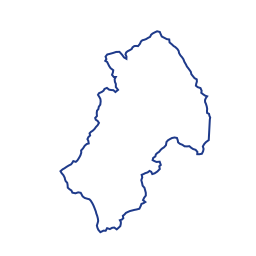 the district of Taperoá, Bahia, Brazil, rotated 139°
{"feature_id": "56859067B18364917400541", "entity_name": "Taperoá", "entity_type": "district", "adm_level": 2, "iso_a3": "BRA", "parent_name": "Brazil", "parent_adm1": "Bahia", "projection": "mercator", "projection_center": [-39.219, -13.583], "detail": "fine", "context": "isolated", "style": "outline", "palette": "blue", "viewbox_px": 256, "rotation_deg": 139, "n_neighbors": 0, "source": "geoboundaries", "source_scale": "gbopen_adm2", "svg_char_len": 3176}
<svg xmlns="http://www.w3.org/2000/svg" viewBox="0 0 256 256"><g transform="rotate(139 128 128)"><path d="M217.2,67.5L213.8,66.6L212.3,65.1L209.5,66.1L208.0,63.6L205.5,63.1L203.7,61.9L203.0,58.9L200.4,58.9L198.2,59.0L196.3,60.4L195.0,61.8L194.6,63.7L192.7,62.9L190.7,63.0L189.5,65.1L187.6,65.0L185.2,65.3L183.1,64.7L181.1,64.1L178.7,62.9L176.9,62.0L175.0,60.9L172.4,59.6L170.0,60.6L167.6,61.9L165.6,61.1L163.5,60.8L164.0,63.7L161.5,64.8L158.9,65.3L157.1,67.4L156.0,69.6L154.8,72.1L154.8,74.9L153.5,77.2L152.2,79.9L149.6,81.4L148.4,83.7L146.3,83.0L144.6,82.6L142.3,81.6L139.9,81.5L139.2,79.7L139.9,77.3L137.6,76.3L134.4,75.9L130.9,76.2L129.5,78.6L127.5,78.6L126.2,81.8L128.8,83.7L129.8,85.8L130.5,87.6L128.6,88.9L126.0,88.6L124.3,89.8L122.3,89.9L120.2,89.6L117.5,90.1L115.5,90.1L113.6,89.8L110.7,90.1L108.1,92.2L105.9,92.5L103.6,92.1L101.4,91.6L99.1,90.3L97.6,88.4L98.5,86.1L99.6,84.3L99.2,82.0L98.0,79.7L97.3,77.0L95.4,75.3L93.6,74.0L93.3,71.7L92.7,69.5L91.3,67.2L91.3,64.5L92.9,62.8L91.5,61.5L89.2,60.1L86.7,61.1L84.7,62.6L83.6,65.0L81.0,65.9L78.5,66.2L75.0,65.9L60.7,80.7L59.1,82.0L58.6,83.7L57.6,85.5L58.4,87.5L57.1,89.2L55.7,90.5L54.4,92.7L53.3,95.2L52.8,97.0L51.5,98.6L49.6,99.5L47.5,100.0L48.6,101.9L49.2,104.2L49.6,106.5L48.0,107.8L47.1,110.6L48.6,113.1L49.0,115.4L47.4,116.7L45.6,117.8L44.2,119.6L45.1,122.0L45.0,124.4L44.9,127.0L43.7,129.3L43.5,131.4L43.3,133.5L43.2,135.8L42.6,137.9L42.0,141.1L41.1,143.4L40.8,145.8L40.8,148.4L40.3,151.0L39.2,153.0L38.9,155.2L39.2,158.1L39.8,159.9L40.0,162.3L40.5,165.3L38.8,167.8L40.4,169.6L41.5,172.4L42.5,174.9L41.7,177.6L41.0,179.6L42.6,181.9L45.4,182.7L47.6,183.2L49.5,183.2L51.5,182.3L54.0,182.9L55.9,183.2L57.8,183.9L59.6,184.8L61.4,184.8L63.8,183.7L66.7,183.2L68.0,184.6L69.5,185.7L71.7,185.9L73.4,185.2L75.6,185.6L78.0,186.2L79.9,186.2L81.6,185.2L82.3,182.9L83.8,181.3L84.7,183.9L84.4,187.3L84.5,191.1L87.1,193.2L90.2,194.5L93.1,195.9L95.4,197.1L98.1,196.6L99.1,194.2L101.1,193.6L100.4,191.5L100.9,189.7L101.6,187.0L101.9,184.5L101.2,181.3L103.0,179.8L105.2,178.6L105.3,175.8L103.8,174.5L106.0,173.7L107.6,171.4L108.3,169.2L110.3,166.9L110.5,163.3L113.9,163.4L114.2,166.1L115.7,167.6L117.1,169.3L117.6,172.1L120.1,172.9L122.0,172.2L124.1,172.4L127.1,173.3L128.9,172.7L129.3,170.1L129.8,168.0L131.1,166.1L133.6,163.8L136.1,163.2L138.0,161.7L140.0,161.4L141.8,159.8L143.6,157.4L146.2,157.1L146.9,155.4L146.3,153.3L146.6,150.9L149.2,150.0L151.5,149.8L154.0,149.2L156.5,149.1L158.5,149.4L160.5,149.2L161.5,147.2L163.9,147.1L165.9,146.2L166.4,144.3L167.8,142.1L169.7,143.0L172.3,143.0L175.4,142.1L178.1,141.8L179.5,140.0L181.8,138.6L183.9,137.8L185.8,137.2L187.6,136.7L189.6,136.7L191.0,138.9L192.8,138.3L194.8,137.9L197.5,138.6L200.0,139.0L202.6,139.3L204.4,139.7L207.3,139.7L207.7,137.5L207.7,134.8L208.4,132.0L209.3,130.4L209.9,128.7L209.8,126.6L210.9,124.7L212.6,122.5L212.3,120.1L211.7,118.0L212.4,115.7L210.5,113.2L207.8,112.1L206.2,110.1L206.6,108.3L207.1,106.2L206.6,103.7L205.3,101.6L203.9,99.5L203.8,97.6L204.3,94.5L204.9,92.2L205.7,89.8L206.4,87.9L207.1,86.0L208.0,84.3L208.9,81.9L210.1,79.5L211.5,77.4L213.4,76.1L215.5,74.8L216.5,72.8L217.2,70.5L217.2,67.5Z" fill="none" stroke="#1e3a8a" stroke-width="2"/></g></svg>